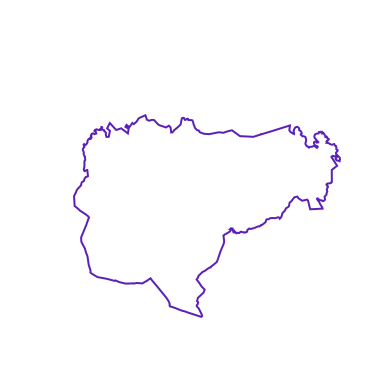 Šķeltovas pag., Aglonas, Latvia, rotated 36°
{"feature_id": "27541924B92789434462497", "entity_name": "Šķeltovas pag.", "entity_type": "district", "adm_level": 2, "iso_a3": "LVA", "parent_name": "Latvia", "parent_adm1": "Aglonas", "projection": "orthographic", "projection_center": [27.046, 56.047], "detail": "fine", "context": "isolated", "style": "outline", "palette": "violet", "viewbox_px": 384, "rotation_deg": 36, "n_neighbors": 0, "source": "geoboundaries", "source_scale": "gbopen_adm2", "svg_char_len": 5885}
<svg xmlns="http://www.w3.org/2000/svg" viewBox="0 0 384 384"><g transform="rotate(36 192 192)"><path d="M293.3,80.4L292.7,78.8L291.4,77.4L286.4,76.6L285.7,76.2L285.5,75.8L285.4,75.0L285.6,73.3L285.4,72.6L283.6,72.6L282.8,71.3L282.4,71.1L281.6,70.2L280.8,70.5L278.8,69.6L278.1,70.8L277.3,71.6L276.0,72.0L273.7,72.2L272.0,73.1L272.0,72.6L271.9,72.2L271.1,72.0L271.0,71.7L271.1,71.2L271.5,70.6L271.7,69.6L271.6,68.9L271.3,68.7L269.9,69.0L269.2,68.4L268.4,68.1L268.3,68.6L267.6,69.1L267.1,68.6L264.3,67.1L263.6,67.1L263.4,67.3L263.6,67.5L263.3,67.8L263.2,67.3L262.3,67.0L262.3,67.5L261.7,68.0L261.5,67.9L261.5,67.6L260.7,67.6L259.7,68.7L259.9,68.8L260.0,69.1L259.9,70.3L258.8,71.2L257.9,72.5L257.7,73.3L258.1,74.7L258.5,75.4L259.4,76.1L261.7,76.6L262.7,77.3L264.1,77.1L264.9,77.4L264.9,77.7L263.9,78.7L262.4,78.3L261.6,79.4L261.5,80.0L261.9,80.8L263.6,81.8L264.5,82.0L266.4,81.3L267.0,81.4L267.3,82.0L267.2,82.8L266.7,83.0L265.6,82.7L264.5,82.7L263.4,83.4L262.2,85.1L260.9,86.1L260.8,87.1L260.5,87.4L258.7,87.1L257.9,87.5L255.7,86.6L255.0,85.7L254.5,84.1L253.6,82.5L251.5,80.9L249.6,81.2L248.6,82.0L246.3,81.7L246.0,81.4L246.5,80.3L245.6,79.4L244.0,78.8L242.7,79.0L242.1,78.8L241.5,77.7L240.9,77.4L239.1,77.3L238.3,78.0L237.7,78.9L237.6,79.9L237.8,81.2L238.1,81.8L238.3,83.0L239.3,83.7L239.8,84.5L240.4,84.8L240.5,85.2L236.3,85.6L234.5,84.9L232.1,80.6L219.8,97.2L214.3,104.4L213.7,104.7L213.8,105.1L209.2,111.3L198.0,118.6L188.0,118.6L184.2,123.2L182.9,125.4L178.5,128.0L171.9,135.1L167.4,137.9L163.0,139.1L161.7,138.3L160.9,138.4L159.9,139.0L157.1,138.5L156.0,138.0L154.9,137.0L153.8,136.6L152.6,135.4L150.2,133.8L149.1,134.3L146.7,135.9L145.9,135.3L145.3,135.3L144.6,136.3L144.5,137.1L144.1,137.8L142.9,137.5L142.0,136.8L141.5,137.0L140.9,137.6L140.5,138.3L143.1,144.2L142.5,147.6L141.2,152.7L141.2,155.2L140.2,156.1L137.6,153.3L136.4,152.2L134.3,152.0L133.0,155.1L132.8,155.1L126.5,157.1L124.7,157.2L118.9,156.1L117.2,157.2L115.4,159.5L114.8,159.7L113.0,160.0L109.2,157.3L106.4,162.1L105.6,163.7L105.8,167.8L105.0,171.3L103.2,171.2L103.2,176.4L99.6,176.2L99.8,178.4L103.6,178.1L105.7,182.3L97.3,182.1L94.2,186.4L85.0,184.5L85.9,190.4L89.7,190.8L92.2,196.2L91.9,196.7L90.4,197.7L88.4,196.1L88.0,195.6L87.7,194.8L87.4,194.6L86.3,194.3L85.3,194.4L84.6,193.6L82.8,194.1L81.7,193.8L81.4,193.6L81.5,192.7L80.9,192.4L80.5,192.6L81.1,193.9L81.4,194.7L81.8,195.4L81.8,195.6L81.3,195.8L80.6,195.4L80.5,195.6L80.6,196.2L80.5,196.4L79.1,197.1L78.0,197.3L77.0,198.9L77.1,199.8L77.3,200.0L78.5,199.6L79.0,200.0L79.4,200.7L80.1,200.8L80.2,201.0L79.6,201.6L79.1,202.5L78.0,202.5L77.6,202.7L77.2,203.0L76.7,203.9L77.0,204.2L77.1,204.7L76.8,205.6L78.4,206.7L77.7,207.2L77.8,207.9L78.1,208.1L78.7,207.9L78.9,208.4L78.3,209.2L77.3,209.6L77.2,210.0L77.2,210.7L77.4,212.1L78.4,213.6L78.5,215.6L78.0,216.7L77.8,217.0L76.6,216.7L76.6,217.6L77.7,218.0L78.4,218.8L78.1,219.3L78.4,220.2L78.5,221.5L79.2,222.3L81.2,223.5L81.6,224.5L82.3,225.2L83.9,226.2L84.5,226.2L84.8,226.8L86.3,228.2L86.7,228.7L86.8,229.4L86.7,229.7L87.2,230.3L87.3,231.1L88.2,232.1L88.4,232.5L89.1,233.2L89.7,234.5L90.3,235.1L90.8,236.6L91.2,237.3L92.5,238.3L93.0,238.2L93.6,236.6L94.4,235.8L98.5,240.3L98.0,241.5L97.3,242.2L97.4,242.7L97.3,242.9L97.3,244.2L97.2,244.4L98.1,246.7L97.2,248.6L97.4,249.9L98.3,251.8L98.1,254.0L97.7,256.2L97.7,258.4L98.2,260.0L99.0,264.7L105.3,272.3L109.6,272.5L112.5,272.9L118.6,272.6L121.6,272.6L123.6,273.1L124.6,276.7L125.7,280.3L129.0,293.9L131.3,296.8L132.4,297.7L138.6,300.7L141.6,303.1L145.4,305.6L151.4,311.8L156.1,315.2L157.2,316.9L158.6,317.0L165.5,316.4L173.9,312.4L181.8,309.3L182.1,308.5L185.9,307.7L191.3,305.5L193.0,304.5L198.2,300.4L198.4,300.5L199.9,299.1L200.4,298.3L205.5,295.2L207.7,290.3L209.2,286.2L211.6,287.0L218.6,288.7L233.6,292.7L236.8,293.9L238.7,294.9L240.3,296.3L240.8,296.9L240.7,297.0L241.3,297.5L244.9,296.2L253.4,294.0L256.1,292.9L259.9,291.8L272.8,287.6L273.1,286.7L273.1,286.3L271.2,285.0L265.8,282.2L263.1,281.7L262.4,280.8L262.5,279.2L261.8,277.6L260.3,277.4L259.0,274.1L260.5,266.6L259.6,263.5L255.3,262.8L250.8,261.1L247.2,260.1L247.1,257.2L246.5,256.1L247.6,250.2L248.5,248.9L250.4,243.2L251.2,242.3L251.0,242.2L252.2,238.0L253.2,234.0L252.9,232.8L252.7,232.0L249.9,223.1L248.1,215.3L247.1,213.1L243.1,208.8L243.3,208.1L243.3,207.4L243.9,206.4L246.0,201.4L245.1,199.5L244.8,199.6L244.9,199.4L244.7,199.0L244.8,198.5L246.2,197.7L246.6,198.0L246.6,199.0L246.8,199.1L247.5,199.2L248.2,198.4L248.7,198.4L249.1,198.6L249.3,198.9L249.0,200.1L249.4,200.3L249.8,200.1L250.3,199.1L250.5,198.9L251.0,198.9L251.6,199.4L252.1,199.4L253.0,198.0L254.3,197.5L254.5,196.9L254.6,195.9L255.2,195.1L256.3,195.0L256.9,194.5L257.5,194.4L257.9,193.9L258.7,193.8L259.3,192.7L259.8,192.1L259.9,191.7L259.1,189.8L259.6,188.7L259.7,188.0L261.1,187.5L262.0,186.5L264.1,183.7L265.5,181.2L266.0,180.7L266.6,180.5L267.1,179.1L267.6,178.4L267.3,178.2L267.4,177.9L268.0,177.1L268.4,176.3L269.2,173.1L268.4,170.8L268.6,170.1L269.9,169.1L270.7,167.2L272.6,165.6L274.8,164.2L276.4,161.9L277.7,161.4L278.7,162.0L278.9,161.2L278.8,160.5L279.0,159.8L277.6,155.9L278.1,152.6L277.6,150.0L278.7,147.4L278.7,146.3L277.2,143.2L277.8,141.2L277.9,136.1L279.9,133.8L281.8,134.5L286.3,134.3L289.6,130.5L290.8,130.7L297.8,136.5L307.4,128.7L306.4,127.9L303.0,126.6L300.3,125.1L299.3,125.0L297.1,124.1L297.1,123.8L297.4,123.3L299.9,123.5L302.0,122.5L302.7,122.6L303.4,122.4L303.9,121.4L304.1,120.3L304.0,119.8L303.7,119.5L302.1,118.1L302.0,117.5L302.3,116.1L302.3,114.9L301.7,114.3L301.2,112.1L300.2,111.4L299.7,110.9L299.0,108.8L299.1,108.0L297.9,107.2L297.6,107.2L297.7,107.5L297.1,107.4L296.4,107.0L296.3,106.5L296.6,105.6L299.1,103.2L299.3,102.3L298.8,101.5L299.0,101.3L292.1,92.0L294.0,85.5L284.2,81.7L284.4,80.3L284.8,80.2L285.3,79.7L286.6,79.4L287.1,78.4L287.5,78.1L288.2,78.2L288.7,78.8L288.7,79.3L288.5,80.5L289.0,81.0L290.6,81.4L291.4,80.8L293.3,80.4Z" fill="none" stroke="#5b21b6" stroke-width="2"/></g></svg>